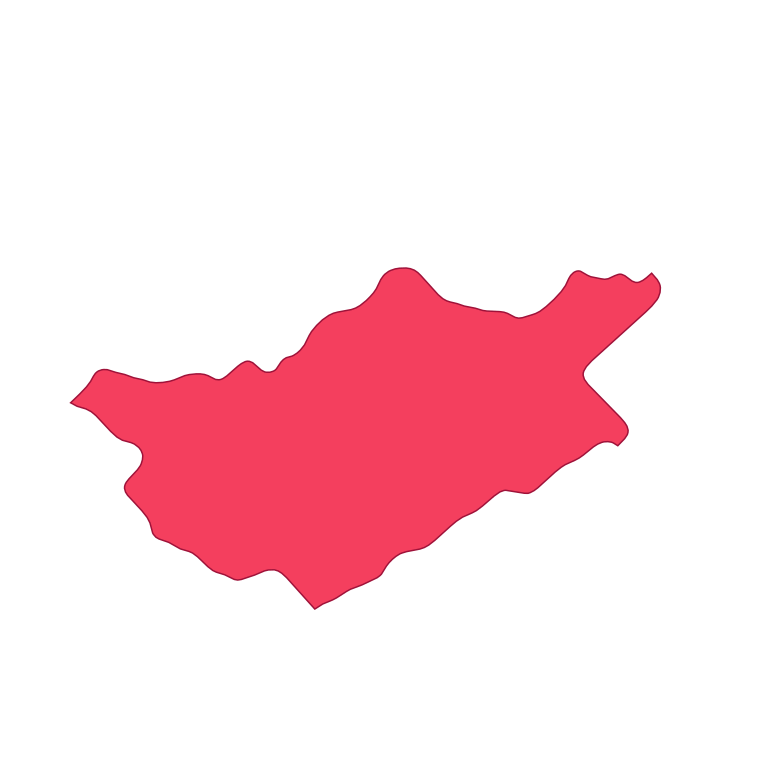 Consuelo, San Pedro de Macorís, Dominican Republic (Equal Earth projection), rotated 47°
{"feature_id": "3306468B14471946980605", "entity_name": "Consuelo", "entity_type": "district", "adm_level": 2, "iso_a3": "DOM", "parent_name": "Dominican Republic", "parent_adm1": "San Pedro de Macorís", "projection": "equal_earth", "projection_center": [-69.258, 18.6], "detail": "fine", "context": "isolated", "style": "filled", "palette": "rose", "viewbox_px": 768, "rotation_deg": 47, "n_neighbors": 0, "source": "geoboundaries", "source_scale": "gbopen_adm2", "svg_char_len": 3146}
<svg xmlns="http://www.w3.org/2000/svg" viewBox="0 0 768 768"><g transform="rotate(47 384 384)"><path d="M485.5,112.7L485.3,119.5L484.8,123.9L483.6,127.8L482.6,129.4L481.2,130.8L477.9,132.4L469.1,134.0L465.9,135.4L464.6,136.5L463.6,138.0L462.2,141.3L459.9,148.3L457.9,151.2L455.2,153.4L446.6,159.6L443.4,161.0L435.6,163.4L434.3,164.3L433.1,165.7L432.3,167.4L431.8,169.4L431.9,173.4L432.9,176.9L435.8,184.1L437.3,191.4L438.1,201.9L438.0,212.6L437.2,220.4L435.9,225.0L434.2,228.8L429.9,237.6L427.7,240.6L424.8,242.6L416.6,245.5L413.3,247.3L410.1,249.9L400.8,259.0L397.6,261.6L390.9,265.5L381.8,272.1L375.1,275.7L369.1,279.7L365.8,281.5L361.8,282.8L355.6,283.5L329.8,283.1L325.5,283.3L321.4,284.2L317.6,286.1L314.3,288.7L309.9,293.7L307.4,297.4L305.5,301.6L304.8,303.9L304.3,308.6L304.5,310.9L305.4,315.1L309.1,324.6L310.2,329.5L310.7,334.7L310.9,340.0L310.3,348.0L309.1,353.0L307.2,357.3L299.9,368.7L297.7,372.8L296.2,377.5L295.1,385.3L295.2,393.3L296.2,401.2L297.5,405.7L301.2,415.5L302.2,422.2L302.1,426.6L301.4,430.5L300.9,432.2L298.1,437.6L297.5,440.9L297.7,444.4L299.6,452.5L299.6,454.3L299.2,456.1L297.6,459.4L295.2,462.0L293.8,463.0L290.2,464.3L278.9,465.5L275.6,467.0L274.1,468.4L273.0,470.2L271.8,474.4L271.3,479.0L270.9,493.5L270.2,497.9L269.5,500.0L268.4,501.8L265.8,504.1L257.9,507.0L254.6,508.8L251.4,511.4L248.4,514.6L244.3,520.0L242.0,524.0L238.0,534.5L235.9,538.8L232.0,544.7L227.6,549.9L223.1,553.8L216.4,557.5L208.7,562.8L200.3,567.1L192.6,572.2L184.8,576.6L182.3,579.1L181.2,580.6L179.7,584.0L179.4,585.9L179.4,587.9L180.2,591.4L182.0,596.8L183.2,603.5L183.8,613.3L184.0,626.0L191.1,623.6L198.9,619.0L204.5,617.0L210.8,616.2L232.3,616.2L240.7,615.5L246.7,613.7L254.3,609.0L257.7,607.5L263.2,606.6L266.9,607.0L270.5,608.4L272.1,609.5L274.7,612.4L276.8,616.0L277.6,618.0L278.6,622.9L279.4,634.9L280.1,639.4L280.8,641.5L281.9,643.4L283.3,644.9L286.7,646.7L290.5,647.4L311.6,647.5L320.0,648.2L326.0,649.9L335.2,654.8L336.9,655.2L340.5,655.3L343.8,654.3L353.1,649.4L365.7,645.4L373.5,640.8L377.0,639.3L383.1,638.2L397.5,637.4L403.6,636.4L407.2,635.0L414.9,630.6L424.8,626.8L427.6,624.7L429.7,621.6L435.5,608.9L439.2,598.8L441.2,595.3L445.1,590.9L448.6,588.9L452.7,587.8L459.2,587.3L501.4,588.1L503.1,578.9L506.8,569.0L508.0,564.7L510.1,553.1L511.2,548.6L516.0,536.9L521.0,521.1L521.4,517.4L521.3,515.5L518.8,506.4L518.1,502.0L517.9,497.4L518.2,492.7L519.1,488.1L520.0,485.9L522.0,481.8L529.2,470.3L531.1,466.0L532.3,461.2L533.0,453.5L533.3,432.5L533.7,424.7L534.9,417.4L538.4,407.3L539.6,402.8L540.4,395.2L541.0,379.9L542.0,372.8L543.7,368.8L544.8,367.4L559.7,355.8L562.2,353.2L563.1,351.3L564.3,347.0L564.8,342.3L565.1,319.0L565.7,311.3L566.6,306.4L570.0,296.3L571.2,291.8L571.9,286.7L572.8,273.7L573.7,268.7L575.3,264.4L576.3,262.6L578.8,259.6L581.7,257.3L583.4,256.5L588.6,255.1L588.1,245.2L587.0,240.6L585.8,238.6L584.3,237.0L580.6,235.1L576.5,234.3L569.9,234.0L523.5,235.1L517.3,234.3L513.6,232.5L511.9,230.9L510.7,228.8L509.3,224.1L508.7,216.3L509.8,143.5L509.6,135.0L508.5,126.8L507.7,124.2L505.3,119.7L502.1,116.2L500.2,114.9L498.2,114.0L494.0,113.0L485.5,112.7Z" fill="#f43f5e" stroke="#9f1239" stroke-width="1.5"/></g></svg>